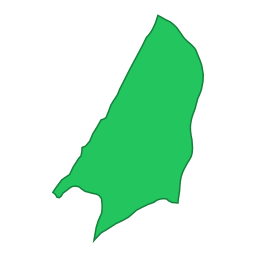 the district of Djouè, Haut-Ogooué, Gabon
{"feature_id": "22940354B62509297980866", "entity_name": "Djouè", "entity_type": "district", "adm_level": 2, "iso_a3": "GAB", "parent_name": "Gabon", "parent_adm1": "Haut-Ogooué", "projection": "equal_earth", "projection_center": [14.27, -0.747], "detail": "fine", "context": "isolated", "style": "filled", "palette": "green", "viewbox_px": 256, "rotation_deg": 0, "n_neighbors": 0, "source": "geoboundaries", "source_scale": "gbopen_adm2", "svg_char_len": 1514}
<svg xmlns="http://www.w3.org/2000/svg" viewBox="0 0 256 256"><path d="M178.0,203.0L178.2,200.1L179.6,190.7L179.8,186.3L180.3,181.5L181.1,176.9L182.3,173.2L183.5,170.3L185.8,165.9L187.4,163.0L189.5,159.7L191.2,156.5L192.1,153.2L192.5,148.6L192.3,145.1L191.9,139.5L191.1,135.8L190.5,130.8L190.4,126.5L190.8,122.7L191.7,118.3L193.1,113.9L195.1,108.6L196.0,105.1L197.8,98.3L199.3,95.1L200.6,91.9L201.5,89.1L202.2,85.4L203.0,81.2L203.2,74.4L202.4,69.4L201.7,65.4L200.4,61.5L199.5,59.1L197.6,54.6L196.0,50.5L194.7,48.3L192.1,45.5L190.0,43.5L186.7,40.7L184.5,38.5L183.0,36.6L181.3,34.1L179.3,31.2L176.5,27.4L173.8,24.8L170.4,22.0L165.1,19.4L161.1,17.1L157.9,15.4L155.6,22.7L152.3,29.8L149.5,34.0L146.4,37.5L142.3,45.9L130.0,68.9L119.6,89.4L117.5,94.7L112.9,101.7L110.9,105.1L109.2,109.7L106.0,117.7L103.4,119.2L101.1,119.8L96.9,127.2L92.9,133.7L89.7,141.2L85.5,146.2L82.0,147.5L81.9,151.5L80.9,156.1L78.9,158.1L73.2,167.0L70.9,171.8L69.5,174.6L66.9,176.3L61.8,179.8L55.8,187.9L52.8,192.4L55.3,194.3L57.0,197.2L59.2,197.7L61.0,196.4L63.0,193.1L66.8,190.3L69.8,187.9L72.5,186.4L75.3,186.1L79.1,186.8L81.6,189.0L85.0,191.3L92.4,193.3L96.7,194.2L99.0,195.4L101.4,198.4L102.1,204.2L102.1,208.7L101.7,212.9L98.3,220.7L96.3,227.0L95.0,234.2L93.9,240.6L95.3,239.0L101.2,232.8L108.4,228.5L115.6,223.8L122.9,220.3L128.4,217.2L131.9,214.3L136.5,210.2L142.0,207.3L148.1,204.4L153.9,202.3L157.0,200.1L160.4,199.0L163.4,198.7L166.5,198.9L168.6,200.8L172.1,202.5L178.0,203.0Z" fill="#22c55e" stroke="#15803d" stroke-width="1.5"/></svg>